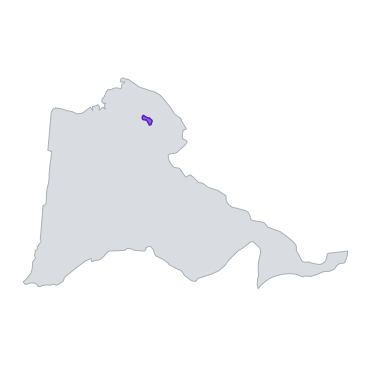 Lebialem, Sud-Ouest, Cameroon (highlighted), rotated 95°
{"feature_id": "32672807B23253489436904", "entity_name": "Lebialem", "entity_type": "district", "adm_level": 2, "iso_a3": "CMR", "parent_name": "Cameroon", "parent_adm1": "Sud-Ouest", "projection": "orthographic", "projection_center": [9.96, 5.584], "detail": "fine", "context": "in_parent", "style": "filled", "palette": "violet", "viewbox_px": 384, "rotation_deg": 95, "n_neighbors": 0, "source": "geoboundaries", "source_scale": "gbopen_adm2", "svg_char_len": 4172}
<svg xmlns="http://www.w3.org/2000/svg" viewBox="0 0 384 384"><g transform="rotate(95 192 192)"><path d="M85.1,266.3L85.9,264.1L92.0,253.8L95.8,237.4L97.5,233.5L99.3,231.0L108.1,222.2L111.4,219.4L116.1,216.2L119.5,209.8L120.6,209.1L122.1,208.6L129.7,203.1L130.4,204.2L130.9,205.5L131.4,206.1L133.9,206.5L137.2,206.5L139.2,206.1L140.2,205.0L141.2,202.0L141.8,201.4L142.6,201.2L146.3,203.3L152.4,209.3L153.9,210.4L154.6,211.5L155.9,216.9L156.7,218.3L158.0,218.8L160.3,218.5L162.8,217.5L164.9,216.1L167.1,214.3L168.5,212.7L169.1,211.5L169.4,207.1L169.9,206.1L177.7,199.7L177.6,199.1L176.3,197.3L175.1,195.3L176.3,193.2L177.5,191.6L182.0,186.3L182.2,182.4L185.9,176.4L187.9,168.3L188.0,166.8L192.7,157.9L197.6,157.1L199.6,155.9L201.8,153.7L203.2,151.6L203.8,149.7L204.3,145.9L205.1,141.7L205.7,137.9L207.1,134.5L209.6,132.7L213.9,131.2L214.6,130.6L215.2,128.3L215.7,120.7L216.4,117.3L220.4,113.4L222.1,107.5L223.6,101.2L228.0,93.7L233.3,86.1L235.7,84.1L237.8,83.2L240.2,83.1L241.8,82.5L247.4,78.7L249.8,77.4L251.5,76.1L251.9,75.0L252.1,73.4L251.5,69.5L252.4,66.7L252.9,62.3L253.1,58.8L252.9,57.7L251.8,55.7L250.0,53.6L247.2,52.3L243.2,52.0L241.2,51.2L240.4,47.3L240.0,44.8L237.2,31.8L242.1,31.8L248.1,33.3L249.6,34.5L250.5,38.9L252.7,41.4L256.5,43.5L258.9,47.8L260.0,54.3L262.1,58.2L262.6,58.8L265.7,66.1L265.9,69.5L265.7,71.8L267.0,74.6L265.2,79.5L264.7,82.5L264.7,86.7L265.9,94.0L267.7,99.7L269.7,104.3L271.8,107.8L275.3,111.7L279.0,115.3L282.4,117.6L279.3,118.9L273.2,119.2L269.7,118.4L268.0,118.4L266.3,118.9L259.8,119.6L253.2,119.4L247.1,118.5L243.4,118.7L240.6,120.9L238.3,124.2L236.1,126.8L236.9,129.7L238.6,131.3L241.8,134.8L244.7,138.2L246.1,140.5L251.9,145.5L257.4,149.9L260.0,151.5L261.0,151.8L264.0,154.3L268.1,158.5L272.0,165.1L277.5,178.3L278.7,179.4L280.5,180.1L280.7,181.5L280.6,183.6L280.1,185.3L275.9,192.2L272.2,194.9L271.1,196.6L269.8,200.6L266.5,208.5L265.0,209.6L261.7,215.0L259.0,221.8L258.4,222.8L257.3,223.6L253.4,225.3L252.0,226.2L250.1,228.3L249.8,229.7L250.7,231.6L251.9,233.1L253.9,233.1L255.0,234.5L255.1,244.9L254.2,246.5L254.2,247.2L253.8,249.0L253.7,251.0L254.0,251.8L254.8,252.5L255.9,253.9L256.5,257.1L257.9,268.3L258.5,270.1L259.6,271.3L263.1,273.7L266.7,276.9L267.9,279.0L268.6,282.4L270.0,285.0L270.0,285.9L269.4,286.3L267.1,286.6L267.9,288.5L269.8,291.9L279.1,302.2L288.0,311.4L290.1,312.1L291.7,312.3L292.3,312.8L293.2,314.1L296.1,317.5L296.7,319.4L296.0,321.3L296.7,324.2L297.2,325.3L297.1,326.2L297.4,329.7L298.2,332.8L299.6,335.4L299.4,337.3L297.7,338.3L296.7,340.1L296.4,342.5L296.9,345.4L298.3,348.8L298.3,350.8L296.2,352.2L293.8,349.9L291.2,348.3L287.2,345.6L283.3,344.6L278.1,344.5L275.9,344.8L272.1,342.6L270.9,342.3L269.2,343.3L268.0,343.3L266.6,343.0L263.7,343.0L263.4,341.4L262.9,341.1L259.7,341.3L258.8,340.0L258.4,340.1L257.1,339.7L254.6,337.9L251.9,339.1L246.4,339.0L218.4,339.2L217.8,337.4L216.4,336.5L213.9,336.4L206.4,336.8L200.8,336.6L196.9,335.9L192.2,335.5L186.3,335.9L180.3,335.9L169.6,335.4L163.7,335.5L163.8,336.6L163.4,337.3L163.1,339.2L125.1,339.2L122.0,338.0L121.1,337.1L120.8,335.6L120.1,335.4L120.6,328.8L121.9,323.3L122.4,318.2L124.2,313.6L123.3,309.1L122.2,307.1L116.4,300.7L119.1,298.2L115.6,298.6L114.9,296.2L113.2,293.3L114.2,292.9L115.2,291.3L118.3,291.8L118.2,291.0L115.5,288.6L115.8,287.4L116.9,286.0L116.4,285.5L114.4,286.9L113.0,286.8L111.9,285.9L111.1,285.8L111.6,287.6L110.5,289.2L109.5,289.8L107.7,289.7L106.3,289.3L105.9,288.4L104.5,287.7L100.7,286.5L97.5,285.0L96.9,281.1L95.6,279.4L95.1,277.5L94.8,275.3L95.3,272.0L94.4,271.5L93.5,271.3L92.1,271.4L90.9,271.2L89.3,269.4L88.0,268.7L88.8,272.1L87.9,273.0L85.6,272.7L84.6,271.5L84.4,270.5L85.5,266.4L85.1,266.3Z" fill="#d9dde1" stroke="#a8b0b8" stroke-width="1"/><path d="M125.1,237.8L124.7,237.9L124.1,238.2L123.5,238.8L122.9,240.0L122.2,240.5L121.8,241.1L122.2,242.1L121.2,244.5L121.1,244.8L120.4,246.1L119.9,246.8L120.1,247.4L120.7,247.8L122.0,248.1L123.4,247.8L124.0,247.3L124.2,246.7L124.4,243.7L124.8,243.1L125.7,242.5L126.4,242.0L126.5,242.0L127.3,241.3L127.5,240.9L128.3,240.8L128.4,240.7L129.0,240.3L128.9,239.6L128.3,238.7L127.7,238.6L127.0,238.5L125.9,238.2L125.1,237.8Z" fill="#8b5cf6" stroke="#5b21b6" stroke-width="1.5"/></g></svg>